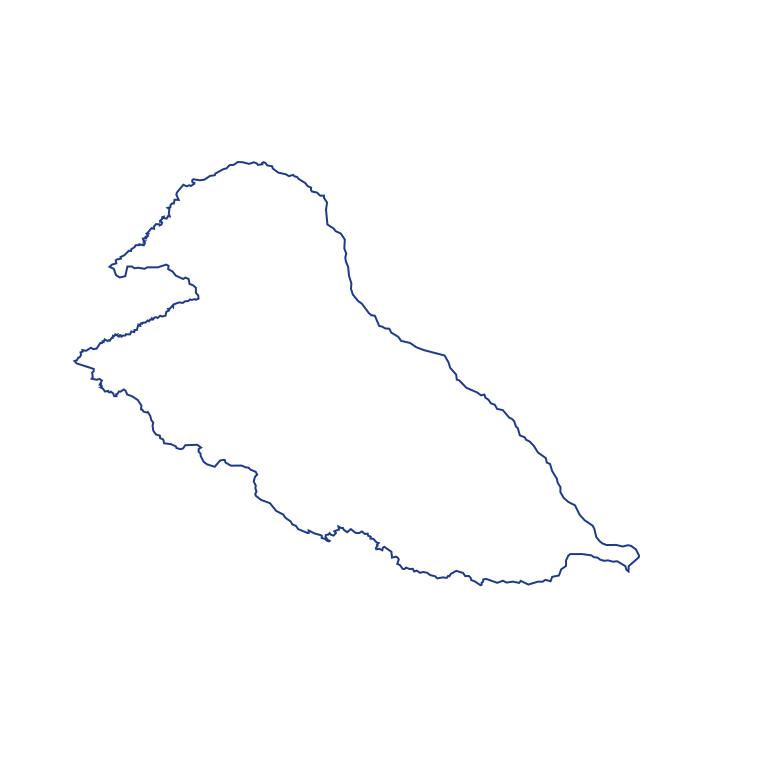 the district of Amalfi, Antioquia, Colombia, rotated 110°
{"feature_id": "7082276B96310661388282", "entity_name": "Amalfi", "entity_type": "district", "adm_level": 2, "iso_a3": "COL", "parent_name": "Colombia", "parent_adm1": "Antioquia", "projection": "robinson", "projection_center": [-74.989, 7.02], "detail": "fine", "context": "isolated", "style": "outline", "palette": "blue", "viewbox_px": 768, "rotation_deg": 110, "n_neighbors": 0, "source": "geoboundaries", "source_scale": "gbopen_adm2", "svg_char_len": 6157}
<svg xmlns="http://www.w3.org/2000/svg" viewBox="0 0 768 768"><g transform="rotate(110 384 384)"><path d="M474.9,116.8L473.1,113.1L472.7,108.2L470.8,104.1L472.6,94.9L475.8,92.5L476.5,90.1L471.5,91.8L459.8,85.3L458.0,85.7L453.3,90.6L451.6,96.6L452.1,99.7L455.1,104.2L455.8,110.7L459.2,119.8L459.1,124.3L458.0,127.5L455.2,132.2L448.2,136.8L445.8,139.4L443.4,148.9L439.9,155.5L432.7,163.0L431.8,170.4L429.5,176.3L425.2,181.3L420.6,182.9L417.3,187.1L413.9,189.2L408.3,196.2L402.4,200.6L402.1,204.2L398.3,206.6L395.7,215.9L390.8,222.2L388.2,227.6L387.8,231.5L386.0,233.4L385.8,238.8L379.8,243.1L378.8,245.5L374.7,248.7L373.1,251.5L372.8,254.8L367.9,263.4L368.7,269.2L365.6,272.8L365.6,277.0L363.0,280.6L362.3,283.9L359.6,286.1L361.5,289.0L360.1,293.4L359.4,305.2L354.9,314.5L355.0,317.1L350.5,319.4L346.1,327.4L341.8,330.6L336.5,336.8L338.5,358.1L338.4,366.4L336.5,373.4L337.6,382.7L334.8,386.7L333.2,394.8L330.2,397.9L331.4,401.8L330.7,405.1L331.1,408.4L323.0,415.9L323.7,419.3L322.6,422.4L316.1,432.3L314.9,436.7L310.6,443.9L305.8,447.6L300.8,449.0L294.2,453.9L286.3,457.7L281.8,461.8L278.2,463.7L274.5,464.0L270.1,467.7L261.7,470.2L257.4,476.1L256.9,481.7L255.1,484.6L253.5,491.7L240.1,498.1L232.9,499.6L229.5,504.2L227.5,504.9L228.9,508.2L227.0,512.5L227.8,517.4L226.7,519.0L224.4,519.7L224.2,523.4L222.1,526.7L220.5,534.3L219.2,536.6L219.5,539.2L218.6,540.9L221.2,544.5L220.5,547.8L221.5,555.8L219.5,562.3L217.7,563.5L218.5,568.5L216.8,571.0L216.7,572.9L217.9,574.1L219.1,573.4L221.2,577.4L220.2,579.1L220.2,582.1L223.3,586.1L224.0,593.1L225.5,597.4L229.5,600.2L231.2,604.0L235.2,605.7L237.2,608.6L244.0,614.5L245.7,614.4L248.0,618.7L253.4,622.6L255.6,626.8L256.8,633.2L258.2,633.9L260.0,633.0L259.9,630.9L260.8,630.8L263.9,633.1L263.9,635.1L265.7,637.1L265.4,640.7L274.9,644.1L277.1,643.9L281.2,639.9L282.5,643.9L286.2,643.2L286.9,645.0L288.9,645.8L291.0,645.2L292.5,647.5L293.2,645.4L297.1,644.6L299.8,642.7L299.9,644.3L303.0,644.9L303.4,647.5L302.0,648.1L303.0,649.4L305.1,649.0L307.1,650.3L308.1,649.8L307.5,649.0L308.4,647.6L310.3,647.7L311.7,649.1L310.8,649.7L311.7,652.9L314.9,654.1L316.8,653.2L317.1,655.8L322.7,657.8L323.1,657.0L323.9,658.5L325.5,656.4L326.6,657.3L327.3,656.5L326.9,658.0L327.6,658.5L328.6,657.5L329.8,660.3L332.1,658.6L331.7,657.6L332.9,658.1L333.3,656.9L335.0,657.0L335.3,657.9L335.9,657.6L336.4,661.7L337.2,661.4L338.6,664.9L340.7,665.2L343.8,667.6L345.5,667.2L346.1,669.4L351.8,672.0L354.8,675.0L356.2,674.1L358.6,678.0L359.9,678.3L362.2,676.8L364.8,680.4L367.8,682.0L368.2,677.3L373.3,673.1L374.3,668.8L371.2,664.0L361.4,665.3L359.8,660.9L360.6,658.1L358.8,654.7L357.6,648.3L355.3,646.3L351.7,636.4L346.3,629.5L346.6,626.9L349.9,626.1L350.6,621.2L353.4,616.7L354.0,608.6L352.0,607.1L352.1,603.6L356.5,600.9L356.5,597.5L357.8,593.8L362.8,591.8L364.4,588.8L367.3,587.5L369.2,589.6L368.9,590.7L370.8,593.5L370.9,595.2L373.0,596.3L374.3,599.2L376.6,600.8L377.4,604.4L381.2,609.0L383.7,608.5L382.9,609.6L386.8,611.2L387.3,612.5L388.5,611.2L390.4,613.2L394.6,612.7L396.5,615.6L396.4,617.7L399.4,619.3L399.2,621.0L400.1,622.5L402.1,623.0L401.7,624.3L402.8,624.0L403.2,625.6L405.4,626.3L405.1,627.8L407.7,629.0L409.0,631.7L410.0,631.9L409.9,633.0L411.7,633.3L412.0,634.4L412.8,633.3L413.2,635.1L417.7,634.7L418.6,636.9L420.6,636.4L421.1,639.4L424.3,639.7L425.5,643.5L426.8,643.5L427.8,645.9L429.4,646.9L428.2,648.1L428.6,649.1L430.1,649.3L429.6,651.5L428.8,651.5L429.8,652.7L429.4,653.5L431.5,654.1L431.4,655.1L433.4,654.7L433.5,655.5L437.1,656.5L437.0,657.7L438.2,658.4L437.6,661.8L440.4,661.8L440.2,663.1L442.0,663.0L442.5,664.6L449.1,666.2L450.7,669.3L450.2,671.9L454.7,675.3L455.3,679.0L456.6,678.2L458.1,680.0L460.2,678.6L463.2,679.2L463.9,680.4L466.6,680.7L468.3,682.7L469.8,679.7L469.1,661.9L471.5,661.2L473.3,662.1L477.1,660.0L479.0,660.5L478.3,655.5L476.6,653.1L477.2,650.3L481.6,650.8L481.1,649.9L482.2,649.7L482.2,648.8L483.3,648.2L484.1,649.1L484.4,646.7L486.5,643.6L484.8,640.8L485.7,640.2L485.7,638.6L484.6,638.0L485.5,635.2L487.6,633.6L487.4,632.1L486.8,631.2L485.4,632.2L484.3,631.0L481.7,630.6L481.3,629.0L478.1,626.6L478.8,624.5L481.7,621.7L481.7,616.6L483.2,610.0L487.2,604.6L491.0,603.6L490.8,602.4L492.2,600.5L491.9,597.0L491.1,596.3L494.0,592.7L497.4,590.4L499.3,587.6L502.4,587.2L506.8,584.8L509.4,581.1L509.2,577.0L511.4,575.9L511.7,572.4L514.9,570.4L513.4,563.6L513.8,558.2L515.2,557.1L514.8,552.8L513.3,550.8L509.5,549.8L505.0,538.7L506.3,534.2L508.5,535.9L511.1,535.0L512.0,532.7L514.4,531.6L518.8,526.9L520.0,522.9L519.7,514.8L511.9,511.8L510.0,508.5L509.9,507.6L512.0,506.1L513.1,499.9L509.4,490.1L509.6,485.1L508.9,482.7L510.1,480.4L510.4,474.6L512.6,472.1L515.2,473.5L520.1,473.1L523.4,469.7L525.8,469.3L528.9,467.0L531.5,467.4L532.9,466.2L535.0,459.7L535.0,450.4L540.1,442.0L541.2,433.9L543.4,430.9L545.2,424.5L547.2,422.3L547.5,418.1L549.7,415.1L550.2,404.7L549.6,403.8L547.4,404.7L548.2,398.5L547.7,391.9L548.1,390.4L550.0,389.9L549.7,385.9L550.7,384.6L550.7,381.9L550.1,381.4L549.7,383.7L547.5,386.8L545.5,386.8L544.6,384.8L542.7,384.1L543.8,382.5L543.7,379.5L540.5,378.2L539.3,380.3L536.2,376.5L533.5,378.1L534.0,374.8L533.3,373.4L534.7,372.0L535.9,367.9L531.7,365.5L533.6,359.9L532.7,356.5L530.1,354.3L531.5,350.8L530.2,348.1L532.0,347.1L532.0,344.3L533.9,343.9L533.2,341.1L535.4,336.7L535.3,334.6L537.7,335.6L538.3,334.7L540.9,335.6L542.0,334.7L540.5,332.2L540.8,328.7L538.3,329.1L536.9,328.1L539.1,319.7L544.4,317.1L542.2,313.9L542.4,312.0L543.8,310.1L548.5,310.0L548.7,307.1L551.3,303.3L550.9,301.5L549.0,300.5L549.1,296.5L547.8,293.7L549.9,291.5L548.2,289.5L549.1,285.5L547.3,283.0L546.6,278.9L547.8,275.2L547.2,270.4L548.4,267.4L545.7,262.8L544.7,258.7L542.4,258.1L542.3,256.8L539.5,256.2L534.9,252.2L534.5,245.0L536.7,242.1L535.4,238.6L536.4,236.4L538.4,235.0L538.4,231.2L540.1,224.6L539.3,223.6L537.4,224.3L536.0,223.3L533.7,223.8L532.2,221.4L532.1,209.6L528.2,205.0L528.7,201.0L525.6,195.2L524.7,189.0L522.2,188.1L523.1,179.8L517.0,171.6L515.5,167.3L512.8,165.3L512.4,160.0L507.7,160.0L504.1,154.1L497.5,154.1L492.7,150.7L487.6,152.6L482.2,152.1L480.1,150.8L476.1,139.9L474.1,130.5L474.9,127.4L474.1,124.0L475.1,121.0L474.9,116.8Z" fill="none" stroke="#1e3a8a" stroke-width="2"/></g></svg>